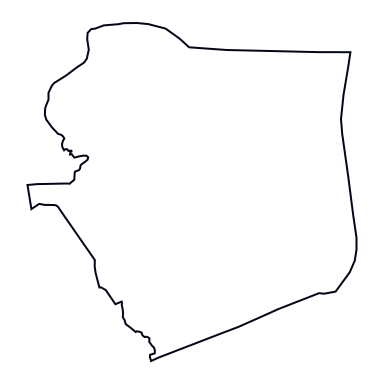 the district of Ashaiman Municipal, Greater Accra, Ghana
{"feature_id": "2480657B85535261310615", "entity_name": "Ashaiman Municipal", "entity_type": "district", "adm_level": 2, "iso_a3": "GHA", "parent_name": "Ghana", "parent_adm1": "Greater Accra", "projection": "mercator", "projection_center": [-0.044, 5.699], "detail": "fine", "context": "isolated", "style": "outline", "palette": "ink", "viewbox_px": 384, "rotation_deg": 0, "n_neighbors": 0, "source": "geoboundaries", "source_scale": "gbopen_adm2", "svg_char_len": 1638}
<svg xmlns="http://www.w3.org/2000/svg" viewBox="0 0 384 384"><path d="M218.7,334.4L238.9,326.7L268.6,313.5L278.0,309.2L319.0,293.2L324.2,293.7L335.6,291.6L349.8,272.2L352.9,265.0L354.8,260.5L356.5,249.6L356.5,237.8L353.2,215.1L348.2,176.3L342.2,133.8L341.0,119.2L343.5,95.0L348.4,65.8L350.4,52.2L316.7,52.1L283.0,51.3L226.9,50.0L189.1,47.3L179.8,38.8L165.6,28.6L148.3,24.1L136.9,23.0L123.7,23.2L118.4,24.2L103.8,25.4L94.9,28.7L91.2,29.1L87.6,32.9L87.2,39.2L88.8,49.7L86.8,58.7L85.1,61.1L83.8,62.8L77.1,67.2L66.1,75.5L53.9,83.2L51.7,86.0L48.5,92.9L48.5,99.6L45.9,106.0L45.1,108.8L44.9,115.0L46.3,119.6L51.8,127.2L58.0,133.8L61.2,134.8L62.9,136.2L64.3,138.5L63.0,140.7L62.0,144.0L62.3,146.9L63.3,148.9L64.1,150.3L65.3,149.2L67.2,149.3L68.5,151.0L70.6,150.6L71.4,150.7L71.5,151.5L70.6,151.9L70.2,153.2L70.0,154.5L71.8,154.3L74.3,157.6L79.1,156.4L83.2,155.6L86.6,155.8L88.2,157.3L87.6,159.7L84.9,162.0L81.5,164.3L80.5,165.7L80.0,168.8L79.0,170.1L75.0,171.6L74.6,173.8L74.3,179.8L70.7,182.7L69.8,183.7L67.1,183.5L37.4,184.1L27.5,185.0L31.4,209.1L39.2,203.9L44.7,204.9L53.8,205.0L56.0,205.3L58.0,206.8L63.3,214.6L94.8,260.0L94.7,266.6L95.6,272.9L98.9,285.6L99.4,287.5L100.9,287.3L105.8,290.1L115.4,304.2L121.6,301.6L122.1,303.0L121.7,304.4L122.8,310.1L123.1,313.7L122.8,316.5L123.4,318.3L124.5,319.9L125.7,324.1L129.9,327.2L135.7,332.0L136.7,331.3L139.0,331.6L141.5,332.6L142.5,335.3L144.6,337.1L146.3,336.7L148.4,337.5L149.5,338.5L149.3,340.5L149.3,342.0L152.5,346.3L153.8,347.3L154.7,349.7L154.9,351.2L154.7,353.4L150.1,354.8L149.8,357.1L150.2,358.0L151.1,361.0L158.8,357.5L218.7,334.4Z" fill="none" stroke="#020617" stroke-width="2"/></svg>